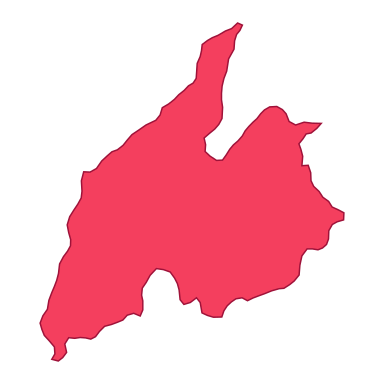 Jaguaraçu, Minas Gerais, Brazil
{"feature_id": "56859067B87939295508899", "entity_name": "Jaguaraçu", "entity_type": "district", "adm_level": 2, "iso_a3": "BRA", "parent_name": "Brazil", "parent_adm1": "Minas Gerais", "projection": "natural_earth1", "projection_center": [-42.716, -19.627], "detail": "fine", "context": "isolated", "style": "filled", "palette": "rose", "viewbox_px": 384, "rotation_deg": 0, "n_neighbors": 0, "source": "geoboundaries", "source_scale": "gbopen_adm2", "svg_char_len": 2306}
<svg xmlns="http://www.w3.org/2000/svg" viewBox="0 0 384 384"><path d="M51.8,359.3L58.3,361.0L62.7,357.6L66.6,352.4L64.8,344.0L68.7,337.7L74.7,338.3L80.2,337.5L85.6,337.9L90.8,339.1L95.5,336.7L99.4,331.5L104.6,326.3L111.4,324.5L117.6,322.2L122.9,320.0L127.2,315.2L133.7,313.3L140.2,316.0L142.8,309.9L142.8,300.9L141.6,295.2L142.3,288.1L146.2,282.4L150.1,275.3L156.4,268.6L163.4,269.6L170.2,272.0L174.6,278.1L177.4,283.6L179.1,289.9L180.1,299.7L183.9,304.4L190.3,302.5L196.5,297.8L200.2,302.5L202.0,312.9L207.4,315.4L213.4,317.2L221.8,317.0L223.9,310.8L227.2,305.8L231.4,301.9L235.9,298.8L242.1,297.8L247.5,300.7L253.2,297.9L259.3,295.6L264.8,293.6L271.7,290.8L279.1,288.7L283.9,288.3L289.7,284.6L294.2,281.0L299.1,275.0L299.9,265.1L301.9,255.9L307.1,248.9L312.4,248.9L318.0,249.8L322.5,248.0L326.5,244.5L328.5,239.0L328.8,230.7L332.3,224.5L337.1,221.8L343.6,219.9L343.9,212.8L338.6,210.0L332.1,207.0L328.7,201.5L322.8,197.2L319.1,191.5L313.7,186.4L311.0,180.7L310.7,172.7L308.2,165.3L301.9,165.7L302.7,156.3L300.9,149.4L298.9,143.8L302.9,138.9L306.2,133.9L311.1,133.0L316.8,128.4L321.2,123.4L312.2,123.2L304.1,122.2L295.6,125.0L289.1,121.5L286.1,113.8L282.4,109.6L276.8,106.5L269.7,106.9L264.5,109.9L260.8,113.6L256.9,118.7L253.0,122.2L248.9,126.4L245.2,130.8L242.3,136.0L237.9,141.0L233.4,144.9L229.8,149.2L226.1,155.1L222.5,160.1L216.5,160.4L210.0,156.1L205.1,151.5L205.6,144.7L204.1,138.0L209.3,133.5L214.8,129.0L218.8,124.4L222.0,118.5L222.6,107.3L221.5,99.8L221.5,93.3L222.1,86.1L223.9,78.5L226.7,71.1L228.6,58.9L234.0,49.2L234.6,40.8L236.6,34.4L239.9,30.4L242.4,25.1L237.6,23.0L231.6,28.6L225.4,31.0L218.1,35.3L212.3,37.7L207.5,40.5L202.2,44.5L201.5,50.7L200.2,56.5L197.2,63.4L196.7,71.0L196.2,78.4L193.1,83.1L188.5,85.8L184.2,90.4L178.8,94.7L174.4,99.4L168.6,104.0L162.3,107.7L160.1,115.0L155.8,120.3L146.0,125.0L139.0,129.9L132.0,134.6L127.5,139.8L123.1,145.3L117.4,149.8L111.9,151.8L107.2,155.9L101.7,161.0L96.5,168.5L90.0,172.1L83.7,171.8L81.4,180.8L82.0,191.2L81.2,198.0L77.8,204.2L73.9,210.0L69.7,216.7L67.2,224.9L68.7,232.6L70.7,239.7L70.5,245.8L67.6,251.1L63.5,256.6L59.6,263.9L58.5,273.5L56.7,280.4L54.4,286.5L51.8,292.6L48.9,300.3L47.4,309.3L42.9,315.8L40.1,323.1L41.9,329.4L44.3,335.4L48.9,340.4L54.4,346.9L54.9,353.9L51.8,359.3Z" fill="#f43f5e" stroke="#9f1239" stroke-width="1.5"/></svg>